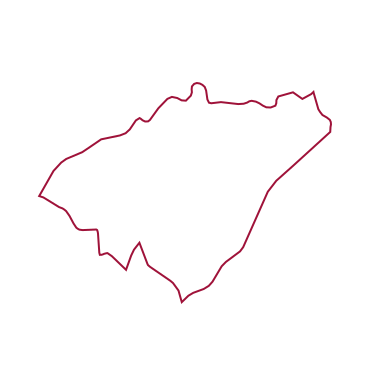 SVG path tracing the border of Otdar Mean Chey, rotated 348°
{"feature_id": "KHM-1782", "entity_name": "Otdar Mean Chey", "entity_type": "Province", "adm_level": 1, "iso_a3": "KHM", "parent_name": "Cambodia", "parent_adm1": "", "projection": "equal_earth", "projection_center": [103.537, 14.166], "detail": "fine", "context": "isolated", "style": "outline", "palette": "rose", "viewbox_px": 384, "rotation_deg": 348, "n_neighbors": 0, "source": "natural_earth", "source_scale": "10m", "svg_char_len": 1469}
<svg xmlns="http://www.w3.org/2000/svg" viewBox="0 0 384 384"><g transform="rotate(348 192 192)"><path d="M219.4,86.4L222.2,87.5L224.5,89.4L226.3,91.9L226.9,95.7L226.3,104.7L227.2,108.2L229.3,109.2L239.0,110.1L255.5,115.6L260.9,116.4L264.6,116.0L266.9,115.2L269.3,115.2L273.3,116.9L276.4,119.3L279.2,122.2L282.3,124.6L286.5,125.7L291.5,124.9L292.9,122.7L293.7,119.6L296.3,116.5L311.5,115.5L319.3,123.9L329.0,121.0L331.6,119.4L331.6,120.3L332.8,137.3L333.9,140.3L335.6,143.8L339.4,147.2L341.8,150.1L342.3,152.4L342.0,154.8L341.0,157.2L339.7,162.0L296.1,187.5L276.8,198.5L266.2,207.5L230.6,256.6L226.6,260.1L210.7,267.4L205.6,270.8L193.4,284.0L188.9,287.3L183.3,289.3L172.2,290.9L166.9,292.7L159.1,297.6L158.3,285.6L154.5,277.1L152.4,274.4L135.5,256.6L133.8,254.4L133.5,253.3L130.0,230.7L123.3,236.3L119.3,241.5L111.3,254.4L100.2,238.0L96.6,234.2L95.7,234.1L93.2,234.2L91.9,234.5L90.4,234.6L88.8,234.3L88.7,232.1L91.4,213.2L91.5,211.5L91.3,209.5L90.6,208.8L77.0,206.5L74.0,205.4L72.4,204.0L71.4,202.8L69.6,198.2L67.2,189.9L64.9,184.5L63.4,182.6L61.9,181.1L58.8,179.1L45.5,166.4L41.7,164.2L60.9,142.6L70.2,136.0L75.9,133.5L93.0,130.2L105.6,125.1L114.1,121.6L133.2,121.7L139.3,120.7L144.2,117.8L152.0,110.3L156.1,108.8L157.1,109.7L158.6,111.6L160.8,113.3L163.7,113.8L165.8,112.8L176.5,103.1L187.3,95.8L192.1,94.8L197.1,97.0L200.9,100.2L205.0,101.4L210.9,97.5L212.6,94.5L213.0,91.5L213.9,88.7L216.6,86.7L219.4,86.4Z" fill="none" stroke="#9f1239" stroke-width="2"/></g></svg>